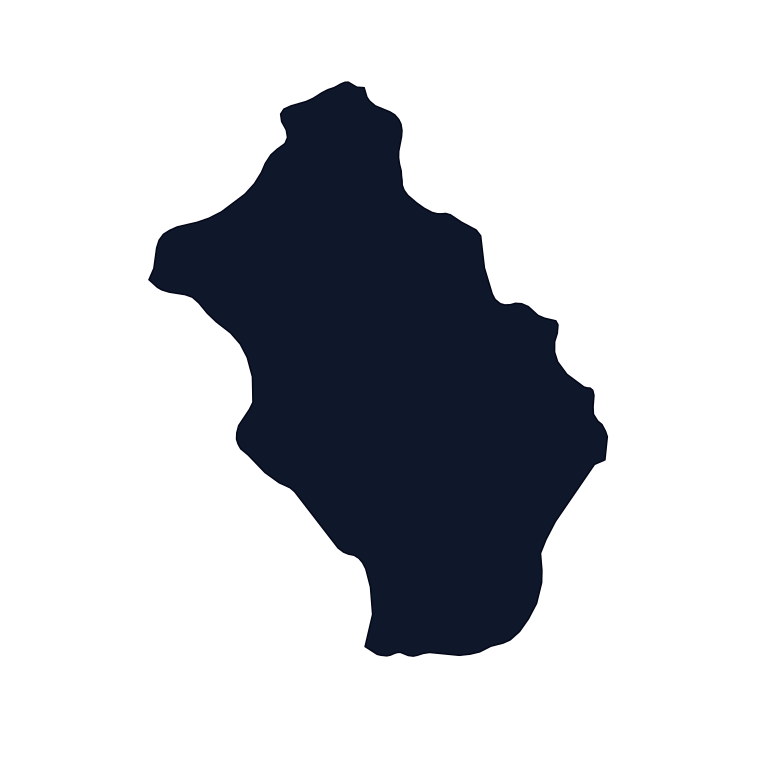 outline of Chimborazo, rotated 311°
{"feature_id": "ECU-1284", "entity_name": "Chimborazo", "entity_type": "Province", "adm_level": 1, "iso_a3": "ECU", "parent_name": "Ecuador", "parent_adm1": "", "projection": "albers", "projection_center": [-78.686, -1.912], "detail": "fine", "context": "isolated", "style": "filled", "palette": "ink", "viewbox_px": 768, "rotation_deg": 311, "n_neighbors": 0, "source": "natural_earth", "source_scale": "10m", "svg_char_len": 2007}
<svg xmlns="http://www.w3.org/2000/svg" viewBox="0 0 768 768"><g transform="rotate(311 384 384)"><path d="M286.1,648.7L273.7,647.1L266.9,644.0L256.1,636.6L244.7,632.0L236.7,626.3L228.6,618.8L211.3,594.5L206.4,590.3L201.1,587.1L197.8,584.6L195.0,580.4L192.2,572.3L189.9,570.0L187.2,568.4L183.6,566.7L180.7,564.5L177.2,559.5L175.5,556.2L173.4,542.0L202.6,526.6L221.9,507.0L232.5,491.6L235.1,485.1L236.0,479.4L235.1,473.7L232.3,468.8L230.6,463.8L230.1,457.0L244.1,387.2L244.1,381.3L240.7,369.7L239.1,352.3L241.3,328.1L241.1,318.4L243.0,313.2L245.6,308.9L250.6,304.9L257.3,301.6L276.6,299.1L284.2,297.1L303.1,280.0L314.3,263.4L319.9,249.2L321.9,234.8L320.9,216.7L321.5,204.1L323.7,191.2L323.8,182.5L321.0,175.3L312.4,161.6L309.3,154.6L308.3,149.6L308.5,138.2L320.2,134.5L337.6,123.1L345.0,119.9L352.3,119.3L359.3,121.4L367.1,125.0L383.3,136.8L394.2,143.1L407.3,148.4L436.0,154.5L450.1,154.8L463.3,152.7L472.6,149.7L482.8,148.3L491.4,149.4L500.5,151.5L506.7,149.5L511.6,143.6L514.9,134.6L519.9,128.9L525.8,128.1L533.0,131.4L546.1,139.9L553.1,143.1L562.9,146.0L569.4,148.6L575.1,152.0L582.2,154.6L586.1,156.6L588.4,159.0L590.2,168.8L594.6,174.6L589.3,182.9L588.1,187.4L588.2,194.9L593.3,210.1L594.2,215.6L593.3,221.6L591.3,226.3L587.1,231.3L582.0,235.1L569.2,242.5L564.4,246.5L560.3,251.2L556.1,257.2L552.4,260.8L549.5,264.1L546.1,267.2L543.4,272.1L542.0,278.2L542.1,289.8L543.0,299.0L545.0,307.7L547.5,312.6L550.2,315.8L553.2,318.7L555.3,323.2L556.9,336.0L560.7,352.5L559.3,359.7L537.5,383.6L522.9,406.7L520.7,412.4L520.9,419.0L522.9,423.3L526.9,427.5L531.1,430.2L534.9,435.2L537.1,442.1L536.8,455.2L539.0,462.0L544.4,472.3L542.8,476.5L536.0,481.5L527.8,485.1L520.0,491.8L514.7,500.5L511.3,515.6L512.9,536.8L514.2,539.6L516.2,542.4L516.2,545.7L513.2,549.9L503.9,556.8L498.6,561.9L496.3,569.5L496.4,575.1L493.7,582.1L490.8,587.1L471.7,600.5L461.4,595.6L392.9,603.5L372.9,608.3L358.9,613.2L346.7,625.7L337.5,633.3L318.5,643.1L301.5,647.1L286.1,648.7Z" fill="#0f172a" stroke="#020617" stroke-width="1.5"/></g></svg>